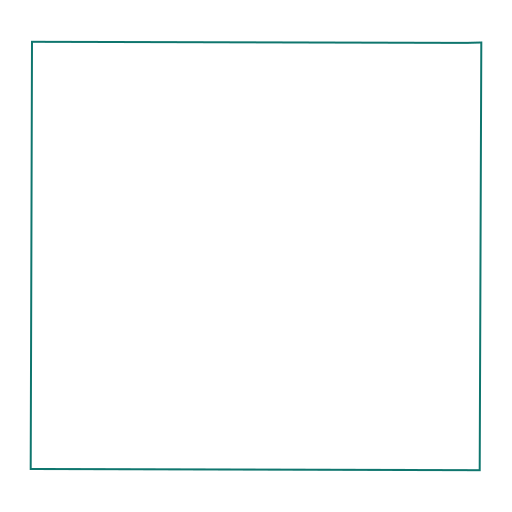 Sheridan, Kansas, United States of America (Robinson projection)
{"feature_id": "52423323B35369935479840", "entity_name": "Sheridan", "entity_type": "district", "adm_level": 2, "iso_a3": "USA", "parent_name": "United States of America", "parent_adm1": "Kansas", "projection": "robinson", "projection_center": [-100.445, 39.35], "detail": "fine", "context": "isolated", "style": "outline", "palette": "teal", "viewbox_px": 512, "rotation_deg": 0, "n_neighbors": 0, "source": "geoboundaries", "source_scale": "gbopen_adm2", "svg_char_len": 193}
<svg xmlns="http://www.w3.org/2000/svg" viewBox="0 0 512 512"><path d="M30.7,469.0L479.7,470.2L481.3,42.5L466.3,42.9L32.0,41.8L30.7,469.0Z" fill="none" stroke="#0f766e" stroke-width="2"/></svg>